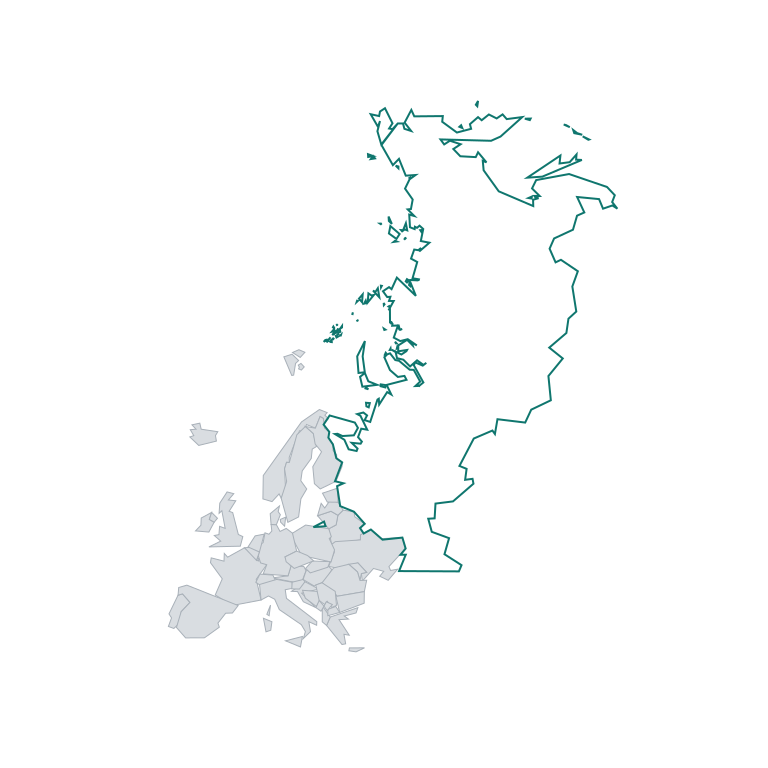 Russia on a map of Europe (Albers equal-area conic projection), rotated 287°
{"feature_id": "RUS", "entity_name": "Russia", "entity_type": "country or territory", "adm_level": 0, "iso_a3": "RUS", "parent_name": "Europe", "parent_adm1": "", "projection": "albers", "projection_center": [98.07, 61.527], "detail": "fine", "context": "in_parent", "style": "outline", "palette": "teal", "viewbox_px": 768, "rotation_deg": 287, "n_neighbors": 38, "source": "natural_earth", "source_scale": "50m", "svg_char_len": 13696}
<svg xmlns="http://www.w3.org/2000/svg" viewBox="0 0 768 768"><g transform="rotate(287 384 384)"><path d="M380.7,280.3L385.6,287.4L381.5,295.5L377.8,293.4L366.1,295.0L365.2,293.3L380.7,280.3ZM334.6,341.0L328.6,337.9L333.3,336.2L334.2,332.4L321.7,331.3L322.6,321.7L315.3,321.5L314.6,316.9L286.1,314.8L281.3,316.4L280.6,313.7L273.8,313.7L254.2,320.8L244.7,319.1L248.2,315.8L238.8,311.3L238.7,301.8L261.2,295.3L323.6,316.2L340.7,329.7L340.0,338.0L336.9,336.6L334.6,341.0ZM391.2,299.1L384.9,296.1L387.4,287.3L391.9,292.6L391.2,299.1ZM377.0,302.7L373.2,300.9L373.5,297.9L375.4,298.1L377.0,296.5L379.4,298.6L377.0,302.7Z" fill="#d9dde1" stroke="#a8b0b8" stroke-width="1"/><path d="M186.6,298.5L176.9,324.7L159.9,318.9L141.5,329.6L127.8,303.6L132.9,284.3L150.4,286.3L162.4,270.3L167.2,269.6L167.8,282.8L175.3,280.8L172.7,285.1L186.6,298.5ZM129.5,339.3L139.4,340.1L128.8,341.9L129.5,339.3Z" fill="#d9dde1" stroke="#a8b0b8" stroke-width="1"/><path d="M244.7,319.1L262.3,319.4L273.8,313.7L280.6,313.7L281.3,316.4L309.9,315.5L320.4,321.2L316.0,330.9L304.5,337.7L300.8,334.4L291.6,336.2L277.0,331.2L267.2,332.7L261.0,340.8L249.9,338.1L231.9,341.2L223.6,332.5L244.7,319.1Z" fill="#d9dde1" stroke="#a8b0b8" stroke-width="1"/><path d="M251.4,381.8L253.0,392.6L248.5,394.9L244.3,406.6L239.7,403.1L235.2,408.3L228.0,407.0L215.2,380.7L229.4,373.5L235.3,379.4L245.0,378.3L251.4,381.8Z" fill="#d9dde1" stroke="#a8b0b8" stroke-width="1"/><path d="M207.6,444.8L210.9,451.2L197.5,445.4L198.9,436.1L204.8,438.5L204.5,427.9L189.1,420.9L196.1,417.8L198.8,422.5L205.3,411.3L194.7,397.6L193.4,384.4L209.0,385.7L215.2,380.7L219.0,383.5L228.0,407.0L232.9,405.6L241.0,414.1L235.2,426.4L242.6,446.3L232.9,452.6L210.8,442.1L207.6,444.8Z" fill="#d9dde1" stroke="#a8b0b8" stroke-width="1"/><path d="M229.4,373.5L222.5,378.3L220.2,376.8L210.9,385.2L198.3,385.4L195.9,355.4L209.5,341.6L214.6,340.1L226.2,350.3L229.4,373.5Z" fill="#d9dde1" stroke="#a8b0b8" stroke-width="1"/><path d="M182.6,364.1L172.1,363.3L168.3,357.9L165.9,333.8L172.5,348.3L182.5,348.3L186.1,360.6L182.6,364.1Z" fill="#d9dde1" stroke="#a8b0b8" stroke-width="1"/><path d="M193.4,384.4L191.3,388.4L178.5,385.8L170.4,376.2L173.4,363.8L182.6,364.1L193.4,384.4Z" fill="#d9dde1" stroke="#a8b0b8" stroke-width="1"/><path d="M201.3,403.0L205.3,411.3L198.8,422.5L196.1,417.8L189.1,418.5L196.5,413.6L201.3,403.0Z" fill="#d9dde1" stroke="#a8b0b8" stroke-width="1"/><path d="M189.1,418.5L191.3,424.8L179.7,425.9L167.3,401.2L175.8,382.9L193.4,389.6L201.3,403.0L196.5,413.6L189.1,418.5Z" fill="#d9dde1" stroke="#a8b0b8" stroke-width="1"/><path d="M245.0,378.3L235.3,379.4L229.4,373.5L238.6,359.0L246.8,370.5L245.0,378.3Z" fill="#d9dde1" stroke="#a8b0b8" stroke-width="1"/><path d="M257.5,374.6L251.4,381.8L245.0,378.3L246.8,370.5L238.6,359.0L251.5,358.8L248.1,363.6L257.0,366.4L257.5,374.6Z" fill="#d9dde1" stroke="#a8b0b8" stroke-width="1"/><path d="M270.7,369.8L257.5,374.6L254.5,364.3L261.6,357.1L270.7,369.8Z" fill="#d9dde1" stroke="#a8b0b8" stroke-width="1"/><path d="M214.6,340.1L198.7,349.3L189.7,339.9L182.5,348.3L172.5,348.3L167.1,324.0L176.9,324.7L176.8,318.3L182.4,314.4L193.8,311.9L197.0,314.8L206.9,313.7L206.7,317.9L210.6,319.7L216.6,317.1L218.0,322.2L212.6,327.7L217.3,332.7L214.6,340.1Z" fill="#d9dde1" stroke="#a8b0b8" stroke-width="1"/><path d="M169.2,398.7L167.3,401.2L179.7,425.9L168.6,429.1L152.6,408.4L169.2,398.7Z" fill="#d9dde1" stroke="#a8b0b8" stroke-width="1"/><path d="M126.0,442.5L119.7,435.6L118.6,428.4L121.5,428.1L126.0,442.5ZM145.4,400.7L162.5,424.4L156.9,424.2L150.5,413.8L148.8,418.7L145.5,409.9L133.6,424.2L132.9,418.9L124.3,423.3L122.6,420.0L136.3,399.7L145.4,400.7Z" fill="#d9dde1" stroke="#a8b0b8" stroke-width="1"/><path d="M145.4,400.7L136.3,399.7L138.5,394.5L153.9,389.8L145.4,400.7Z" fill="#d9dde1" stroke="#a8b0b8" stroke-width="1"/><path d="M171.8,366.2L168.8,381.6L159.9,366.4L150.2,384.3L152.2,370.5L160.2,362.0L158.7,356.2L171.8,366.2Z" fill="#d9dde1" stroke="#a8b0b8" stroke-width="1"/><path d="M168.8,333.6L162.9,338.8L154.9,325.8L156.9,319.4L165.9,320.9L168.8,333.6Z" fill="#d9dde1" stroke="#a8b0b8" stroke-width="1"/><path d="M181.9,313.4L178.1,315.9L178.1,313.6L181.9,313.4Z" fill="#d9dde1" stroke="#a8b0b8" stroke-width="1"/><path d="M186.9,314.0L178.1,313.6L186.6,298.5L190.5,308.3L186.9,314.0Z" fill="#d9dde1" stroke="#a8b0b8" stroke-width="1"/><path d="M205.4,313.3L186.9,314.0L188.4,301.6L201.1,305.2L205.4,313.3Z" fill="#d9dde1" stroke="#a8b0b8" stroke-width="1"/><path d="M121.8,248.8L124.4,252.7L118.4,262.3L106.9,256.6L96.8,259.1L88.8,254.5L89.1,248.7L98.2,249.2L101.3,245.6L121.8,248.8Z" fill="#d9dde1" stroke="#a8b0b8" stroke-width="1"/><path d="M90.5,256.7L106.9,256.6L118.4,262.3L124.4,252.7L121.8,248.8L129.4,247.2L134.0,254.3L129.5,309.3L120.7,306.0L118.5,299.6L106.8,295.1L103.3,297.6L88.8,286.5L83.2,268.5L90.5,256.7Z" fill="#d9dde1" stroke="#a8b0b8" stroke-width="1"/><path d="M202.2,262.0L191.2,259.8L188.4,246.7L195.4,250.2L202.4,248.4L210.8,256.7L203.4,256.6L202.2,262.0Z" fill="#d9dde1" stroke="#a8b0b8" stroke-width="1"/><path d="M165.7,338.4L167.6,354.1L162.0,356.5L158.4,349.7L150.5,353.4L137.1,389.2L133.6,390.1L134.7,381.6L125.7,386.1L117.0,381.3L124.3,381.2L129.7,375.3L137.6,349.9L146.2,342.4L147.5,335.5L141.5,329.6L155.9,323.6L165.7,338.4ZM109.6,364.9L118.7,379.8L108.1,381.0L109.6,364.9ZM124.7,337.2L123.9,346.3L115.4,347.7L112.5,343.6L124.7,337.2Z" fill="#d9dde1" stroke="#a8b0b8" stroke-width="1"/><path d="M218.0,322.2L216.6,317.1L226.7,313.1L236.8,319.7L231.0,320.1L228.7,323.1L218.0,322.2ZM227.9,328.9L219.0,330.5L221.6,325.6L224.2,324.4L227.9,328.9Z" fill="#d9dde1" stroke="#a8b0b8" stroke-width="1"/><path d="M202.2,262.0L203.4,256.6L210.8,256.7L206.9,264.0L202.2,262.0ZM199.5,274.3L215.4,266.0L212.1,264.1L222.1,261.8L234.9,265.5L235.2,272.4L227.6,269.1L229.0,276.4L217.0,273.1L216.8,276.9L197.5,288.7L196.8,293.6L186.9,294.0L177.0,264.2L186.0,273.8L189.5,266.0L191.7,270.2L199.8,268.4L199.5,274.3Z" fill="#d9dde1" stroke="#a8b0b8" stroke-width="1"/><path d="M289.8,239.0L285.4,237.9L280.4,240.4L271.1,224.8L276.6,213.8L279.0,217.2L283.7,212.1L285.8,217.5L288.8,212.3L292.7,219.3L287.3,222.4L289.8,239.0Z" fill="#d9dde1" stroke="#a8b0b8" stroke-width="1"/><path d="M167.6,354.1L173.4,363.8L171.8,366.2L163.2,363.1L161.1,355.7L167.6,354.1Z" fill="#d9dde1" stroke="#a8b0b8" stroke-width="1"/><path d="M333.3,336.2L324.3,340.0L322.3,345.6L316.7,346.3L311.6,353.0L305.6,354.6L302.5,359.4L298.1,360.8L296.4,367.1L292.9,368.0L276.9,366.5L265.0,353.7L268.3,346.6L284.1,340.1L300.9,344.1L306.5,335.7L316.0,330.9L320.4,321.2L321.7,331.3L334.2,332.4L333.3,336.2Z" fill="#d9dde1" stroke="#a8b0b8" stroke-width="1"/><path d="M198.3,384.3L192.3,383.8L181.8,368.7L184.7,362.9L193.8,367.2L198.3,384.3Z" fill="#d9dde1" stroke="#a8b0b8" stroke-width="1"/><path d="M198.7,349.3L197.6,361.1L194.3,368.4L181.4,352.1L185.4,342.4L189.7,339.9L198.7,349.3Z" fill="#d9dde1" stroke="#a8b0b8" stroke-width="1"/><path d="M151.4,384.4L156.2,371.4L162.9,366.4L166.5,382.5L158.7,386.2L151.4,384.4Z" fill="#d9dde1" stroke="#a8b0b8" stroke-width="1"/><path d="M157.2,402.9L152.6,408.4L146.0,398.0L152.1,396.2L157.2,402.9Z" fill="#d9dde1" stroke="#a8b0b8" stroke-width="1"/><path d="M171.9,377.5L175.8,382.9L171.4,398.0L158.4,403.3L155.0,399.4L159.6,393.2L155.7,391.9L158.0,385.3L171.9,377.5Z" fill="#d9dde1" stroke="#a8b0b8" stroke-width="1"/><path d="M154.0,391.6L148.3,390.2L150.2,384.3L158.0,385.3L154.0,391.6Z" fill="#d9dde1" stroke="#a8b0b8" stroke-width="1"/><path d="M150.6,395.9L154.0,391.6L158.9,392.5L158.0,399.1L150.6,395.9Z" fill="#d9dde1" stroke="#a8b0b8" stroke-width="1"/><path d="M624.7,549.0L619.9,555.9L621.5,550.2L615.7,542.2L623.7,535.6L619.3,514.0L606.6,525.4L601.4,519.4L586.8,519.6L572.9,504.1L561.8,502.8L550.5,512.5L554.5,516.9L548.5,536.4L532.3,535.6L509.5,546.7L500.4,541.3L486.1,543.5L467.1,531.4L460.7,547.5L439.7,538.9L417.2,548.3L402.5,532.3L388.4,530.3L383.5,502.8L368.6,504.7L371.2,501.3L358.1,485.8L327.7,480.1L327.0,487.8L316.1,489.6L319.2,496.4L314.8,498.7L291.9,484.3L284.7,468.2L270.3,471.7L268.1,465.7L256.6,472.9L255.6,491.3L238.9,491.6L233.4,511.1L226.7,510.4L209.5,453.1L227.1,454.7L225.5,449.7L233.0,452.8L242.5,446.5L234.7,428.1L241.0,414.0L235.1,408.3L239.2,403.2L244.7,406.4L253.1,392.6L254.4,377.8L272.6,369.0L277.2,374.3L276.7,365.6L296.8,366.9L299.1,360.1L311.3,352.8L316.4,346.5L322.2,345.7L327.5,338.1L338.0,341.2L338.6,367.4L334.4,371.9L326.1,370.2L322.1,359.5L322.8,354.1L321.8,351.7L319.1,362.4L311.2,369.3L311.9,377.4L314.5,377.6L318.3,370.3L320.1,379.1L322.4,379.7L325.6,374.7L334.6,375.3L335.4,381.3L346.7,370.8L347.4,367.2L350.7,372.6L349.0,377.0L343.8,376.0L343.7,381.9L367.2,382.3L368.4,383.3L363.0,385.4L377.2,389.4L376.1,394.0L383.9,386.8L394.6,404.3L397.7,401.2L394.8,395.2L399.1,385.6L409.7,376.5L413.3,378.4L415.1,380.8L410.2,387.8L410.6,391.6L405.2,404.3L406.2,408.3L396.9,417.9L391.2,414.6L392.4,418.1L397.0,421.2L410.6,407.1L413.8,407.4L412.9,415.7L416.6,418.3L413.8,416.2L416.3,408.7L408.4,403.8L412.9,395.4L412.5,388.9L417.9,385.8L419.0,381.4L417.3,392.0L421.9,395.8L423.3,396.1L419.4,388.0L425.1,386.4L433.0,393.2L429.3,400.2L431.6,398.7L430.5,404.1L433.8,393.6L429.8,387.0L431.2,379.8L443.1,380.2L440.6,382.8L440.5,383.6L441.9,385.3L440.7,383.2L444.3,380.9L442.1,374.8L444.0,374.6L445.4,372.8L444.8,371.7L457.3,367.8L455.9,366.8L466.2,369.0L464.9,364.5L469.3,364.6L468.1,361.6L472.4,355.9L478.1,360.5L476.9,363.5L489.5,365.2L477.6,388.7L487.5,380.7L485.2,380.6L486.0,379.0L491.1,378.6L492.9,385.8L493.6,386.8L494.3,386.8L493.5,380.4L510.4,380.1L511.8,373.2L521.4,373.6L522.0,377.7L524.9,379.6L521.1,379.0L532.4,386.1L531.5,377.4L543.7,376.2L545.8,371.7L543.0,369.9L543.4,367.6L541.1,368.0L541.5,363.0L553.4,358.6L553.5,363.9L557.9,355.6L559.2,358.6L568.8,357.5L577.0,347.0L587.2,348.6L593.1,353.1L589.6,343.9L603.7,332.5L595.9,328.5L611.8,311.7L637.2,321.0L638.7,326.0L634.0,328.9L633.9,336.0L640.0,327.3L654.1,330.0L648.8,334.7L657.4,361.9L651.8,363.0L645.8,380.2L653.5,392.7L657.6,390.2L666.7,395.9L664.8,400.3L672.4,405.5L670.9,414.1L676.5,418.6L673.2,423.9L679.7,438.2L654.7,423.1L647.9,415.3L634.4,366.5L630.7,371.5L635.9,375.9L635.7,387.2L629.0,381.6L624.1,390.4L627.8,405.4L633.1,406.2L625.9,417.2L626.3,413.2L617.5,416.8L601.8,437.4L597.8,474.7L603.8,472.7L606.9,477.5L606.5,474.5L607.8,472.8L609.3,477.9L614.3,468.4L623.5,469.9L638.9,499.6L637.6,539.7L632.0,549.5L624.7,549.0ZM612.2,311.4L623.8,303.8L634.3,303.3L628.2,303.0L638.1,292.4L638.8,301.0L643.4,300.5L648.0,304.3L635.8,315.9L629.8,314.2L630.2,317.6L637.2,321.0L612.2,311.4ZM419.5,353.2L404.2,355.5L389.6,362.2L387.1,356.4L402.6,350.3L419.5,353.2ZM623.2,460.7L654.1,485.9L646.2,487.4L650.4,496.7L659.8,501.0L654.7,502.1L656.1,507.7L628.6,474.8L623.2,460.7ZM383.9,359.0L388.9,362.5L382.0,368.2L381.2,377.7L375.1,364.1L383.9,359.0ZM526.4,353.5L529.4,344.7L536.9,343.9L532.0,355.1L526.4,353.5ZM457.2,344.6L466.1,342.6L465.0,346.2L466.2,348.3L457.2,344.6ZM458.3,335.1L463.5,337.4L455.8,339.1L458.3,335.1ZM470.1,346.2L469.6,348.9L473.8,350.1L465.5,354.2L470.1,346.2ZM539.4,344.7L541.3,341.0L545.5,339.4L539.4,344.7ZM226.5,358.3L234.9,366.9L230.9,369.7L226.5,358.3ZM409.9,317.9L413.0,319.2L406.9,316.9L409.9,317.9ZM538.0,357.4L544.2,357.9L537.7,361.3L538.0,357.4ZM598.8,307.0L596.5,302.5L599.1,301.5L598.8,307.0ZM361.6,376.0L357.2,376.2L357.5,373.7L360.8,372.3L361.6,376.0ZM415.7,320.3L418.6,321.1L419.0,322.9L415.7,320.3ZM423.6,325.5L421.1,327.0L419.8,325.1L421.2,324.0L423.6,325.5ZM425.8,327.3L423.9,325.8L427.2,326.9L425.8,327.3ZM383.4,385.7L381.1,386.2L380.9,381.4L382.7,381.0L383.4,385.7ZM458.4,342.1L456.2,343.4L455.0,341.4L458.4,342.1ZM418.8,318.9L422.0,320.3L420.0,321.0L418.8,318.9ZM598.8,307.0L597.1,309.4L595.3,305.7L598.8,307.0ZM408.9,315.0L410.1,317.1L406.7,314.0L408.9,315.0ZM414.2,376.8L411.0,376.1L414.4,376.5L414.2,376.8ZM491.0,375.3L490.4,377.5L487.8,376.3L488.5,374.8L491.0,375.3ZM596.2,331.4L596.2,334.2L594.5,334.7L596.2,331.4ZM418.1,325.8L417.2,324.1L419.0,326.3L418.1,325.8ZM420.5,321.5L420.4,323.5L419.3,321.5L420.5,321.5ZM682.2,490.7L680.4,495.4L680.3,500.7L679.5,492.6L682.2,490.7ZM415.8,324.0L415.8,326.1L414.6,325.0L415.8,324.0ZM425.0,385.7L422.3,386.3L421.8,385.9L425.0,385.7ZM654.0,382.1L651.7,384.0L652.0,380.9L654.0,382.1ZM536.2,355.3L536.8,357.8L535.3,356.7L536.2,355.3ZM604.1,467.8L606.5,470.6L604.5,470.9L604.1,467.8ZM678.9,441.1L680.7,446.6L679.0,446.3L678.9,441.1ZM413.4,322.8L411.9,322.3L411.8,321.6L413.4,322.8ZM427.7,382.2L426.5,384.2L426.3,383.5L427.7,382.2ZM524.2,352.7L524.0,354.5L522.7,351.7L524.2,352.7ZM677.3,508.0L678.9,501.6L677.8,508.7L677.3,508.0ZM455.8,333.9L455.8,334.7L454.4,333.9L455.8,333.9ZM375.5,367.8L374.4,370.6L374.4,367.6L375.5,367.8ZM423.7,324.0L422.6,324.2L422.0,323.5L423.7,324.0ZM443.4,333.3L441.7,333.5L441.7,333.3L443.4,333.3ZM677.9,390.2L682.2,391.2L676.9,392.0L677.9,390.2ZM589.1,348.8L588.6,349.1L587.8,347.4L589.1,348.8ZM684.8,482.5L683.9,486.6L684.7,480.0L684.8,482.5ZM423.8,319.1L422.4,318.4L424.1,318.8L423.8,319.1ZM409.9,321.4L408.8,321.8L408.7,321.2L409.9,321.4ZM427.6,322.2L426.7,321.9L426.1,321.1L427.6,322.2ZM418.5,328.5L417.7,328.5L417.5,327.9L418.5,328.5ZM459.4,365.7L460.8,366.8L459.3,366.2L459.4,365.7ZM436.0,339.3L437.4,340.4L437.6,340.8L436.0,339.3ZM461.4,360.0L460.3,361.2L459.4,360.8L461.4,360.0ZM419.9,379.9L418.6,380.5L418.3,379.6L419.9,379.9ZM393.4,416.3L392.3,417.4L392.1,415.6L393.4,416.3ZM529.5,361.4L530.4,362.5L527.9,361.1L529.5,361.4ZM436.9,367.7L436.4,369.4L435.8,368.5L436.9,367.7ZM541.7,373.7L542.2,374.8L540.7,374.9L541.7,373.7ZM443.2,373.3L444.6,372.9L444.7,373.2L443.2,373.3ZM477.1,352.3L477.2,353.2L475.6,352.9L477.1,352.3ZM409.7,320.5L408.9,320.8L408.9,320.0L409.7,320.5ZM536.5,334.2L535.7,335.0L536.2,333.3L536.5,334.2Z" fill="none" stroke="#0f766e" stroke-width="2"/></g></svg>